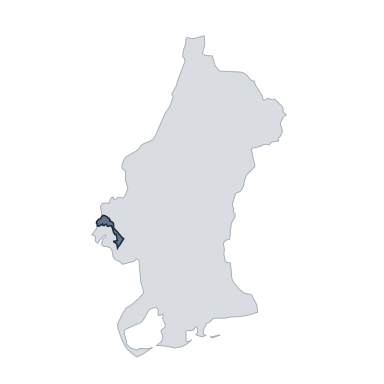 Koneurgenc, Tashauz, Turkmenistan shown in context, rotated 260°
{"feature_id": "10190150B53844356403959", "entity_name": "Koneurgenc", "entity_type": "district", "adm_level": 2, "iso_a3": "TKM", "parent_name": "Turkmenistan", "parent_adm1": "Tashauz", "projection": "orthographic", "projection_center": [58.858, 42.114], "detail": "fine", "context": "in_parent", "style": "filled", "palette": "slate", "viewbox_px": 384, "rotation_deg": 260, "n_neighbors": 0, "source": "geoboundaries", "source_scale": "gbopen_adm2", "svg_char_len": 5007}
<svg xmlns="http://www.w3.org/2000/svg" viewBox="0 0 384 384"><g transform="rotate(260 192 192)"><path d="M111.7,125.9L128.5,127.3L133.7,128.1L135.8,125.7L135.7,125.1L135.0,124.6L133.8,122.8L132.9,111.4L134.4,109.8L136.1,108.6L138.6,105.1L139.9,104.0L141.8,103.1L148.1,103.0L150.8,102.3L153.2,98.2L153.6,95.8L155.4,94.0L156.4,94.0L160.7,95.7L161.6,96.5L163.0,99.5L164.6,99.3L164.9,98.8L164.7,98.2L163.5,96.3L160.8,92.9L158.2,90.7L158.0,90.0L160.2,88.3L164.7,89.1L165.9,88.6L167.1,85.8L173.0,92.0L174.1,92.6L178.9,93.4L179.7,94.2L181.3,97.7L183.0,98.6L185.0,99.3L193.5,99.3L196.2,101.7L196.6,102.2L196.1,103.9L196.0,107.1L195.3,108.4L195.8,108.9L198.8,110.2L200.6,112.2L200.8,113.1L200.3,113.7L198.9,113.4L198.2,114.4L198.2,116.0L199.3,117.6L199.6,119.0L198.2,122.4L198.2,123.7L198.7,124.5L206.5,129.4L207.7,129.5L215.2,128.5L216.6,129.0L223.2,129.9L225.0,129.7L226.2,128.1L227.4,127.4L228.5,127.3L231.7,128.2L235.0,130.3L237.3,132.2L238.4,133.9L241.8,143.6L243.9,147.5L246.3,149.5L248.1,153.2L249.9,161.5L250.9,163.2L254.6,166.3L273.8,178.9L279.7,184.7L288.7,190.0L291.9,189.1L299.1,194.9L303.6,196.9L309.4,200.3L321.8,207.8L324.4,207.9L327.1,206.5L329.7,207.0L334.3,208.8L339.3,211.6L343.5,212.4L344.7,213.7L344.8,214.5L342.9,218.8L343.0,224.0L343.8,231.0L342.7,231.2L334.5,230.0L326.5,226.3L324.8,227.8L324.0,229.4L322.5,235.6L312.2,236.7L306.3,240.1L301.8,260.2L300.8,262.8L297.5,266.2L291.6,269.7L290.8,271.1L290.6,272.3L289.9,272.7L286.6,272.9L274.0,277.9L271.2,278.0L270.1,278.4L269.7,279.2L271.2,283.1L270.1,284.3L269.4,286.3L268.9,289.7L260.7,295.4L258.9,296.1L255.5,295.8L253.8,296.4L252.1,298.2L251.2,297.7L250.7,296.0L249.8,294.9L244.4,290.8L238.3,291.7L236.1,291.4L234.2,290.8L231.4,288.4L229.6,286.1L227.7,286.4L227.1,285.3L227.0,284.0L227.5,282.5L227.3,279.5L226.2,277.4L225.0,276.5L226.2,273.0L226.2,270.5L225.2,267.7L224.8,263.7L224.9,259.8L223.8,257.9L206.2,258.4L199.8,249.4L197.2,247.2L188.4,243.4L186.0,241.4L184.0,239.1L183.5,236.0L182.5,234.1L181.2,233.9L174.4,230.3L171.7,229.3L168.0,230.2L165.8,229.2L163.2,230.5L162.1,230.6L159.3,229.8L155.9,226.4L153.1,225.1L147.1,222.9L142.9,222.2L139.2,220.9L138.8,220.4L138.8,217.6L138.3,216.4L137.2,215.0L135.8,214.0L129.4,213.9L126.5,212.8L124.2,212.6L119.1,212.6L117.5,213.4L116.5,214.2L115.8,216.9L115.3,217.3L110.4,217.2L99.9,216.2L95.5,217.4L88.6,221.3L84.5,224.6L83.3,226.1L80.8,232.2L79.7,233.0L78.3,233.7L77.0,233.7L70.6,235.9L68.2,236.3L62.0,235.7L61.0,226.4L60.9,219.1L62.1,209.1L62.1,202.7L63.6,192.9L63.4,190.5L60.5,186.0L60.2,183.0L58.4,182.7L55.4,180.0L52.5,178.8L51.0,178.7L49.5,179.3L48.4,180.7L47.9,178.3L48.0,175.9L50.7,171.1L52.2,172.7L54.0,173.4L58.6,173.4L58.2,171.7L56.0,169.8L55.6,167.5L55.9,165.2L56.7,163.0L56.0,162.1L55.0,161.5L52.5,161.4L46.1,160.1L45.2,162.7L46.7,166.2L44.0,162.1L42.3,158.0L41.3,153.2L41.4,148.2L44.5,140.3L47.1,130.5L49.3,134.9L51.0,136.8L54.9,138.3L56.9,138.1L59.0,137.2L61.0,137.6L63.9,142.1L66.1,142.7L70.9,141.4L73.1,141.1L75.0,142.0L77.0,142.1L76.2,140.0L76.0,138.1L77.2,137.1L80.8,138.4L83.8,137.4L84.3,136.9L84.7,135.2L84.4,131.8L83.8,130.3L82.2,128.3L76.0,123.1L73.9,121.1L72.2,118.5L69.8,108.5L68.0,102.1L67.1,101.3L63.4,100.6L56.2,101.7L53.7,101.2L52.5,101.8L49.5,104.2L48.0,106.4L45.7,111.4L47.0,113.2L45.3,121.8L45.7,125.6L45.5,125.8L43.6,121.0L41.1,116.2L39.2,109.0L43.7,104.7L47.6,101.7L51.6,99.5L55.7,98.1L64.9,96.2L70.0,95.5L74.1,95.6L77.1,97.3L85.3,103.4L88.8,106.8L89.8,108.1L90.6,111.3L96.5,121.4L97.9,122.9L100.2,126.2L102.5,127.2L111.7,125.9ZM46.6,193.6L46.3,194.9L45.4,190.8L45.0,186.4L45.9,185.3L46.7,185.4L45.8,186.9L46.6,193.6Z" fill="#d9dde1" stroke="#a8b0b8" stroke-width="1"/><path d="M149.7,108.9L150.9,109.8L151.9,111.2L157.8,116.6L160.1,114.7L165.5,111.7L170.3,108.5L173.3,109.1L174.3,109.2L174.6,109.2L175.3,109.0L176.1,108.4L176.8,107.7L177.2,107.0L177.5,106.3L177.6,106.1L177.6,105.9L178.1,105.9L179.0,106.4L179.5,105.9L180.0,105.9L180.4,105.8L180.8,105.6L180.8,104.9L180.8,104.6L181.9,104.3L182.1,104.3L183.5,102.4L183.8,102.0L183.9,101.9L184.0,101.7L184.1,101.3L184.2,101.2L184.3,100.8L184.4,99.9L184.2,99.8L183.9,99.7L183.8,99.3L183.8,99.1L183.7,99.0L182.4,97.9L181.3,96.7L181.3,96.3L181.4,95.5L181.2,95.1L180.7,94.6L180.5,94.1L180.1,93.8L179.4,92.9L178.6,92.8L178.2,92.5L177.6,92.5L177.2,93.0L176.5,93.2L176.0,93.0L175.0,92.8L174.9,93.6L174.7,93.9L174.7,95.2L174.7,95.4L174.9,95.8L175.2,96.4L175.4,96.9L175.6,97.1L175.8,97.5L176.1,98.1L175.8,98.4L175.6,98.6L174.9,98.3L174.7,98.5L174.4,99.1L174.2,99.4L174.2,100.0L175.1,100.9L175.1,101.9L175.1,102.0L174.7,102.3L174.5,102.5L173.4,102.5L173.2,102.8L172.9,102.8L172.8,106.7L172.2,106.9L171.9,106.9L171.7,107.0L171.3,107.2L171.2,107.2L170.6,107.2L170.4,107.5L168.0,107.5L167.9,107.7L166.2,107.7L166.0,107.9L165.9,108.0L165.1,108.0L164.9,108.0L164.7,108.2L163.5,108.6L163.5,109.3L163.4,110.0L157.0,110.0L157.1,106.9L157.1,106.4L156.3,106.4L156.1,106.6L156.1,106.9L155.9,107.2L155.8,107.4L155.2,107.6L154.7,107.9L154.6,108.2L154.6,108.9L149.7,108.9Z" fill="#64748b" stroke="#1e293b" stroke-width="1.5"/></g></svg>